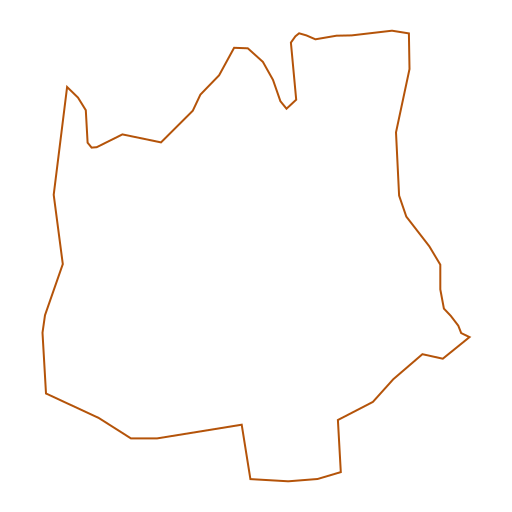 map outline of Viesites (Natural Earth projection), rotated 90°
{"feature_id": "LVA-5733", "entity_name": "Viesites", "entity_type": "Municipality", "adm_level": 1, "iso_a3": "LVA", "parent_name": "Latvia", "parent_adm1": "", "projection": "natural_earth1", "projection_center": [25.472, 56.304], "detail": "fine", "context": "isolated", "style": "outline", "palette": "amber", "viewbox_px": 512, "rotation_deg": 90, "n_neighbors": 0, "source": "natural_earth", "source_scale": "10m", "svg_char_len": 843}
<svg xmlns="http://www.w3.org/2000/svg" viewBox="0 0 512 512"><g transform="rotate(90 256 256)"><path d="M194.8,458.3L87.0,444.9L87.5,444.4L97.6,434.0L110.2,426.2L142.7,424.4L147.6,420.4L147.2,415.3L134.4,389.6L142.4,351.0L110.7,319.2L94.6,311.6L75.3,292.9L47.8,277.9L48.3,264.2L61.9,249.1L79.9,239.0L101.2,231.6L108.7,225.5L99.7,215.8L42.6,221.1L36.3,216.6L33.3,212.9L35.4,205.6L39.3,196.6L35.7,175.5L35.4,160.4L30.7,120.0L33.4,103.1L69.1,102.5L132.4,116.0L195.6,112.9L216.6,105.7L246.3,82.7L264.7,71.7L289.4,71.7L308.6,68.1L315.9,61.2L325.7,53.7L333.1,50.8L337.1,42.5L358.7,69.2L354.2,89.6L379.2,118.7L401.9,139.1L420.0,174.1L472.1,171.2L479.0,194.5L481.3,223.7L479.1,261.6L424.7,270.3L438.4,354.9L438.4,381.1L418.0,413.2L393.5,466.0L332.7,469.5L315.2,467.0L264.1,449.2L194.8,458.3Z" fill="none" stroke="#b45309" stroke-width="2"/></g></svg>